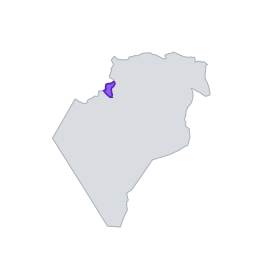 Assoungha, Ouaddaï, Chad shown in context, rotated 210°
{"feature_id": "50815135B12284790062818", "entity_name": "Assoungha", "entity_type": "district", "adm_level": 2, "iso_a3": "TCD", "parent_name": "Chad", "parent_adm1": "Ouaddaï", "projection": "mercator", "projection_center": [22.07, 13.467], "detail": "fine", "context": "in_parent", "style": "filled", "palette": "violet", "viewbox_px": 256, "rotation_deg": 210, "n_neighbors": 0, "source": "geoboundaries", "source_scale": "gbopen_adm2", "svg_char_len": 4958}
<svg xmlns="http://www.w3.org/2000/svg" viewBox="0 0 256 256"><g transform="rotate(210 128 128)"><path d="M188.3,81.4L188.3,86.8L188.3,92.2L188.3,97.6L188.3,102.9L188.3,108.3L188.3,113.6L188.3,119.0L188.3,124.3L188.3,126.0L188.2,126.7L188.1,126.8L187.9,127.0L185.2,126.5L184.0,126.4L182.3,126.8L179.9,127.0L178.3,127.0L177.2,127.9L176.3,129.0L176.7,131.6L176.6,132.5L176.3,133.4L175.5,134.2L174.8,134.8L174.4,135.3L173.8,136.5L173.4,137.1L173.4,137.8L173.3,138.6L172.8,139.0L171.7,139.3L171.0,139.7L170.4,140.2L170.0,140.6L170.2,141.2L170.5,141.9L170.6,143.1L170.8,143.8L171.3,144.3L171.7,144.7L171.8,145.2L171.5,145.6L170.1,146.5L169.5,146.8L168.9,147.2L168.6,147.4L167.6,148.2L167.1,148.9L166.8,149.5L166.8,150.3L167.4,151.5L167.9,152.6L168.1,153.4L168.3,154.2L168.2,155.0L167.9,155.7L167.4,156.4L165.5,157.6L164.6,158.9L163.8,160.5L163.6,161.4L163.8,162.0L164.2,162.4L164.8,162.7L165.6,162.8L167.0,162.5L168.3,162.3L169.6,162.9L170.4,164.2L170.1,165.2L170.6,167.0L171.1,169.1L171.0,169.9L171.2,170.1L172.1,170.3L172.3,170.8L172.0,174.5L172.4,175.6L173.0,176.3L173.6,176.7L174.2,177.2L174.6,177.5L175.3,177.6L176.2,178.3L176.4,179.2L176.4,180.1L175.9,182.0L175.5,183.3L175.0,183.2L174.0,182.9L172.8,182.6L171.3,182.4L169.8,182.9L168.3,183.6L167.8,184.1L167.4,184.4L166.7,184.3L166.1,184.4L165.8,184.9L165.2,185.4L163.0,186.5L162.5,186.9L162.3,187.3L162.3,187.7L162.5,188.6L162.5,189.7L162.0,190.6L161.4,191.2L160.8,191.4L160.2,191.6L159.8,191.9L158.7,194.0L158.2,194.3L157.2,194.3L154.3,197.3L154.0,198.2L152.9,199.5L151.6,200.9L150.4,201.6L150.3,201.8L149.9,202.1L149.2,202.4L146.6,204.1L143.5,204.0L142.2,204.7L140.8,205.0L138.9,205.3L138.3,205.3L135.8,205.5L132.9,205.4L131.8,205.6L130.8,206.3L130.0,206.9L129.9,207.1L130.0,207.3L129.9,207.5L132.0,208.9L132.5,209.6L132.0,210.2L131.7,210.3L131.4,210.9L130.2,212.5L128.4,214.4L127.4,214.9L127.1,215.2L126.6,216.5L126.3,216.6L125.0,216.8L122.5,216.9L119.1,217.3L117.1,217.5L115.8,217.4L114.0,218.2L113.3,218.4L113.0,218.5L111.2,219.3L109.7,220.6L109.2,220.9L107.1,221.4L106.3,222.3L105.9,222.4L104.6,221.2L103.6,220.1L103.2,219.1L103.1,218.7L102.9,218.8L102.2,219.3L101.5,219.8L101.2,220.8L99.1,221.5L97.2,222.1L96.4,222.9L95.1,223.2L93.5,223.1L92.2,222.8L90.9,222.7L91.5,221.7L91.8,221.1L91.8,220.2L91.7,219.6L91.0,219.3L90.5,218.9L89.4,216.2L88.3,213.4L86.8,210.7L85.1,209.0L83.9,207.9L83.5,207.8L82.8,207.5L82.4,207.1L80.1,205.3L77.8,203.2L77.2,202.3L76.0,200.9L74.7,199.4L74.0,198.8L73.7,197.6L74.6,196.5L75.6,195.1L76.8,194.2L78.3,194.2L80.8,194.5L83.6,194.7L86.3,194.4L87.0,194.2L87.7,194.2L89.1,194.5L91.6,194.4L92.9,193.9L91.5,193.0L90.0,191.5L88.6,189.8L87.7,188.3L87.0,186.4L86.2,184.1L85.8,181.0L85.9,179.3L86.1,178.0L86.8,176.0L86.3,174.8L86.4,173.9L86.4,172.5L86.1,171.7L85.1,169.4L84.9,169.1L84.1,167.5L83.7,164.8L82.7,163.0L81.1,162.1L80.2,161.0L79.9,159.2L79.3,158.7L76.8,158.0L74.7,158.0L73.2,155.9L71.3,153.2L69.5,150.6L68.3,145.5L67.7,142.6L68.4,141.8L69.9,139.7L71.8,135.7L76.0,129.6L78.2,126.4L82.5,121.7L87.9,115.9L90.9,112.6L91.4,106.6L91.9,100.2L92.3,95.4L92.7,89.7L93.2,84.9L93.4,81.4L93.9,76.4L94.2,75.5L96.3,71.5L96.5,71.0L96.1,70.4L93.1,67.0L92.2,66.3L91.6,64.6L92.4,63.6L88.8,58.0L87.9,57.3L87.5,56.6L87.5,55.6L87.4,51.7L86.5,45.5L85.2,38.4L89.4,36.3L92.6,34.8L96.7,32.8L100.5,34.8L106.0,37.7L111.5,40.7L117.0,43.6L122.5,46.6L127.9,49.5L133.4,52.4L138.9,55.3L144.4,58.2L149.9,61.1L155.4,64.0L160.9,66.9L166.3,69.8L171.8,72.7L177.3,75.6L182.8,78.5L188.3,81.4Z" fill="#d9dde1" stroke="#a8b0b8" stroke-width="1"/><path d="M161.4,156.5L161.3,157.0L161.3,157.8L161.4,158.2L161.3,159.2L161.7,160.3L162.0,160.5L162.7,161.0L163.0,161.1L163.5,161.2L163.7,160.9L163.8,160.9L163.9,160.7L164.0,160.3L164.0,160.1L164.2,159.8L164.3,159.7L164.3,159.4L164.5,159.1L164.5,158.9L164.8,158.7L164.8,158.4L164.9,158.2L165.0,158.1L165.3,158.1L165.4,157.9L165.5,157.8L165.5,157.7L165.7,157.4L165.7,157.2L165.8,157.2L166.0,157.3L166.3,157.2L166.5,157.2L166.8,157.0L167.2,156.9L167.3,156.8L167.3,156.7L167.5,156.5L167.5,156.4L167.7,156.2L167.7,155.9L167.8,155.9L168.0,155.7L168.3,155.5L168.3,155.4L168.5,155.3L168.5,155.2L168.7,154.9L168.8,154.9L168.9,154.6L168.8,154.3L168.8,154.2L168.6,154.1L168.5,153.9L168.4,153.8L168.3,153.7L168.2,153.6L168.1,153.4L168.1,153.2L168.1,152.9L168.1,152.7L168.1,152.4L167.9,152.4L167.9,152.2L167.7,152.0L167.5,151.9L167.4,151.8L167.4,151.7L167.2,151.5L167.2,151.4L167.1,151.2L167.0,150.9L166.9,150.9L167.0,150.8L167.1,150.7L167.1,150.4L166.9,150.2L166.7,150.0L166.7,149.9L166.4,149.8L166.4,149.7L166.5,149.6L166.7,149.4L167.2,148.9L167.6,148.4L167.8,148.2L167.6,148.1L167.1,147.8L166.6,147.5L165.8,147.3L165.4,147.1L163.1,146.4L161.8,146.1L160.9,146.0L160.5,145.9L159.9,145.8L159.2,145.6L158.5,145.8L157.8,146.3L157.1,146.7L157.8,147.1L158.1,147.5L158.0,148.2L158.2,149.0L158.4,149.3L158.9,149.6L159.1,150.0L159.8,150.2L160.3,151.1L160.8,151.9L161.7,152.9L162.2,155.0L162.0,155.7L161.6,155.9L161.4,156.5Z" fill="#8b5cf6" stroke="#5b21b6" stroke-width="1.5"/></g></svg>